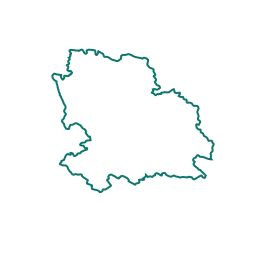 the border of Gorno-Altay, rotated 206°
{"feature_id": "RUS-2400", "entity_name": "Gorno-Altay", "entity_type": "Republic", "adm_level": 1, "iso_a3": "RUS", "parent_name": "Russia", "parent_adm1": "", "projection": "equal_earth", "projection_center": [87.215, 50.869], "detail": "fine", "context": "isolated", "style": "outline", "palette": "teal", "viewbox_px": 256, "rotation_deg": 206, "n_neighbors": 0, "source": "natural_earth", "source_scale": "10m", "svg_char_len": 5847}
<svg xmlns="http://www.w3.org/2000/svg" viewBox="0 0 256 256"><g transform="rotate(206 128 128)"><path d="M155.3,194.8L152.1,195.1L146.1,196.7L145.5,196.6L145.3,196.7L144.9,197.6L144.6,198.0L143.4,198.5L142.2,198.6L139.8,198.1L139.3,196.9L138.7,194.1L138.2,193.2L135.6,191.9L134.7,191.8L132.0,192.0L131.2,191.9L130.4,191.5L130.2,191.1L130.0,190.2L126.9,187.9L126.7,187.4L127.0,186.6L127.5,186.2L127.5,185.8L124.3,184.1L123.8,183.4L123.8,182.5L124.1,181.1L121.3,179.4L120.6,179.3L118.5,179.5L117.7,179.1L117.1,178.5L116.9,177.9L117.0,177.4L117.5,176.6L118.6,175.3L119.3,174.9L121.4,174.6L122.6,173.6L121.5,172.5L121.5,172.1L122.1,170.7L122.1,170.3L121.8,170.1L119.8,170.3L118.5,169.7L117.5,169.6L117.0,170.2L116.7,171.1L116.1,171.7L115.4,171.7L114.6,172.4L113.2,173.1L113.5,174.0L113.2,174.6L112.7,174.8L110.6,176.4L108.7,177.0L106.9,178.1L105.0,181.6L103.9,182.9L102.6,181.7L101.8,180.6L100.5,180.4L99.2,180.8L97.7,182.1L97.1,182.3L96.6,182.2L96.2,181.7L96.5,179.0L94.6,178.9L92.3,180.0L91.9,179.8L91.0,178.8L90.4,178.5L89.7,178.5L88.1,179.0L87.6,178.8L87.1,178.3L86.7,177.2L86.3,176.8L85.7,176.7L83.7,177.9L81.9,178.1L81.1,177.9L79.8,177.1L79.1,176.8L77.7,177.1L76.5,177.8L75.3,178.2L74.0,177.6L73.1,176.4L72.9,173.2L72.2,172.1L70.2,170.2L69.7,169.5L69.4,167.5L68.9,166.5L68.2,166.1L66.4,165.7L65.8,165.2L65.7,164.2L65.8,161.9L67.5,161.6L68.0,161.3L68.1,160.7L66.5,158.5L64.5,157.7L63.8,157.7L62.3,158.3L61.9,158.1L61.1,156.6L60.8,156.2L60.3,156.0L58.6,156.1L57.7,155.5L56.2,154.2L53.9,154.1L52.9,153.9L51.9,153.4L51.0,152.5L50.0,151.8L47.7,153.1L46.5,153.0L45.7,151.9L44.0,151.2L43.7,150.5L43.8,147.8L43.1,146.5L42.3,145.4L41.9,144.1L42.6,142.0L42.5,141.3L42.3,140.6L41.2,139.6L40.7,137.7L39.7,136.6L39.3,136.4L39.9,136.1L42.3,135.4L47.8,134.9L50.8,133.7L52.1,134.2L53.4,134.2L54.0,133.4L54.1,131.6L54.2,131.2L55.4,129.7L55.6,129.0L55.6,128.2L55.3,127.6L55.0,127.3L53.2,126.9L53.1,126.5L53.3,125.3L53.3,124.6L53.0,124.0L52.5,123.6L51.4,123.1L47.8,122.4L46.2,121.6L44.7,121.9L37.5,119.5L37.2,119.2L37.1,117.1L37.4,116.6L39.1,116.5L39.8,116.7L40.8,117.5L41.4,117.3L42.3,116.4L45.7,111.0L47.6,110.7L48.8,111.6L49.3,111.6L52.2,110.7L52.6,110.3L52.8,109.7L57.5,107.9L59.3,106.4L61.3,106.1L63.9,105.4L65.7,105.5L66.1,105.2L67.8,103.3L68.3,102.9L70.6,102.6L72.8,102.6L73.8,103.0L74.5,103.6L75.2,103.7L77.1,102.5L77.3,102.2L77.5,101.3L76.9,100.5L77.2,99.9L77.8,99.8L81.3,100.2L82.7,99.8L83.4,98.7L83.0,97.8L83.0,97.4L84.0,96.5L84.7,94.7L86.8,94.3L87.9,93.5L88.9,92.6L89.3,92.7L90.2,93.3L91.2,93.6L90.9,93.1L91.0,91.7L91.7,90.6L91.5,90.1L92.3,89.4L92.5,89.0L91.1,88.5L91.6,88.0L93.1,87.5L95.3,86.2L94.0,84.2L94.1,83.8L94.6,83.1L96.3,81.7L96.6,81.1L96.7,80.3L97.3,80.2L103.7,80.4L104.2,80.5L104.3,81.3L104.6,81.6L105.9,82.3L107.2,82.6L110.4,82.7L112.2,82.4L113.0,81.9L113.4,80.5L114.2,79.7L114.0,78.9L114.4,78.5L115.8,78.4L118.8,78.8L120.9,78.7L122.3,78.9L122.9,78.7L124.1,77.5L124.3,77.0L124.3,75.5L123.4,74.7L123.1,74.1L123.2,73.6L124.0,72.5L124.0,72.0L119.9,69.8L118.7,69.3L118.1,68.7L118.1,68.2L121.0,63.3L121.6,62.6L122.9,62.2L123.5,61.7L123.6,61.2L123.4,60.3L123.6,59.5L124.6,58.4L125.2,58.0L126.5,58.6L128.4,58.6L133.4,57.4L135.1,59.5L134.8,60.1L135.2,60.5L136.3,60.6L140.0,60.1L140.5,60.2L140.8,60.6L141.1,62.3L141.1,63.1L141.4,63.5L147.5,64.3L148.1,64.6L148.8,65.5L149.2,65.7L150.3,65.6L152.3,64.2L155.1,63.5L156.3,62.2L158.0,62.0L160.0,63.2L160.8,63.3L162.1,63.9L163.9,65.0L165.0,66.2L166.8,67.1L167.9,66.9L170.1,65.9L173.2,65.6L173.4,65.7L173.5,66.3L172.9,68.3L173.4,68.9L173.4,69.3L171.6,71.1L171.8,75.5L171.6,76.6L171.1,77.9L170.6,78.3L168.1,78.6L167.8,79.0L167.8,79.4L168.6,80.4L167.2,80.9L166.4,80.8L164.5,79.3L164.2,79.3L163.4,79.7L162.7,80.4L162.3,81.0L162.1,81.5L162.2,82.3L161.6,83.4L160.3,84.0L159.9,84.4L159.6,86.1L157.6,88.6L155.6,90.4L155.5,91.3L155.9,91.9L157.8,91.2L158.8,91.6L160.0,92.6L163.1,91.7L163.5,91.8L163.8,92.3L163.6,93.6L163.2,94.2L160.5,96.2L160.1,96.7L160.0,97.9L159.7,98.5L156.3,100.6L158.2,103.3L158.5,103.5L159.3,103.0L159.8,103.0L163.5,104.8L163.9,105.1L164.0,106.1L164.3,106.6L165.9,107.7L168.7,107.9L171.8,109.5L176.3,109.7L177.7,108.9L179.0,106.9L181.1,105.5L181.2,103.3L180.6,101.6L180.9,101.1L183.2,100.2L186.0,101.9L187.1,103.5L190.1,104.9L190.4,105.3L190.6,106.2L189.8,108.4L190.1,110.6L189.8,112.9L190.3,113.6L192.3,114.6L192.8,115.2L193.1,116.5L192.8,117.8L192.9,118.6L193.5,119.8L194.2,120.5L196.7,122.0L197.8,123.3L201.3,125.9L202.0,126.8L203.9,127.8L204.3,129.0L205.9,130.0L207.2,131.8L209.2,133.9L210.2,135.4L212.2,137.3L212.5,138.5L215.4,138.8L217.0,139.6L217.6,140.0L218.6,141.2L218.8,141.8L218.9,142.7L218.4,144.1L217.9,144.6L215.7,144.9L211.2,146.3L210.9,145.9L211.1,145.1L210.8,144.6L208.7,143.1L207.9,142.9L207.5,143.4L207.3,145.2L207.5,145.7L208.1,146.6L208.0,146.9L206.6,147.8L205.3,148.0L204.3,148.6L204.0,149.3L204.0,150.1L203.9,150.4L203.1,150.7L202.9,151.0L202.9,152.2L202.5,153.0L202.8,153.4L204.4,154.1L204.9,154.1L205.7,153.2L207.8,153.4L208.1,154.0L208.1,155.9L208.3,156.6L208.9,157.2L210.4,157.5L210.4,158.0L209.3,159.4L209.2,159.9L209.8,160.8L210.7,161.2L210.9,161.6L211.0,162.7L210.5,163.7L210.4,164.1L210.8,164.7L211.9,165.2L211.6,165.4L211.5,165.7L211.4,167.8L212.3,168.7L212.2,169.1L211.8,169.6L211.8,169.9L212.2,170.4L214.1,171.3L214.5,172.0L214.2,172.7L213.6,173.1L211.5,174.0L208.5,174.9L207.1,175.7L206.1,175.7L204.7,177.5L203.9,178.2L202.9,178.2L202.0,177.7L200.2,176.3L199.0,176.1L198.1,176.6L197.9,177.5L198.6,178.6L199.1,179.6L198.4,180.6L197.4,181.3L192.8,183.0L191.6,183.2L191.2,182.9L189.4,180.0L188.8,179.8L188.2,179.9L187.9,180.3L187.8,182.5L188.4,183.8L188.3,184.0L182.8,183.6L181.3,182.1L180.8,181.8L180.3,181.7L177.9,182.8L175.9,182.9L172.9,182.4L167.3,183.3L166.5,183.7L166.1,184.2L165.6,185.5L164.6,187.2L165.7,189.6L165.5,190.6L164.4,191.5L162.0,192.8L160.3,194.4L159.7,194.7L156.5,195.1L155.3,194.8Z" fill="none" stroke="#0f766e" stroke-width="2"/></g></svg>